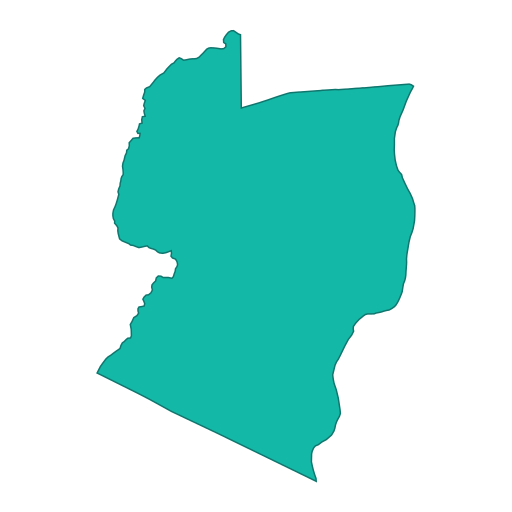 the district of Serra do Ramalho, Bahia, Brazil
{"feature_id": "56859067B22034188427708", "entity_name": "Serra do Ramalho", "entity_type": "district", "adm_level": 2, "iso_a3": "BRA", "parent_name": "Brazil", "parent_adm1": "Bahia", "projection": "robinson", "projection_center": [-43.699, -13.494], "detail": "fine", "context": "isolated", "style": "filled", "palette": "teal", "viewbox_px": 512, "rotation_deg": 0, "n_neighbors": 0, "source": "geoboundaries", "source_scale": "gbopen_adm2", "svg_char_len": 4218}
<svg xmlns="http://www.w3.org/2000/svg" viewBox="0 0 512 512"><path d="M240.5,34.7L238.4,34.0L235.8,32.2L233.6,30.7L231.2,30.8L228.5,32.2L226.4,34.7L224.7,37.1L223.5,39.5L223.7,42.5L225.8,43.9L225.9,46.8L223.8,48.6L221.1,48.9L218.5,48.5L216.4,48.2L213.3,47.9L210.6,47.8L208.7,48.1L206.8,49.1L204.7,51.4L202.8,53.5L201.4,54.8L199.2,57.1L196.7,58.5L194.3,58.8L192.5,58.8L189.6,59.1L185.8,59.9L183.5,60.2L181.4,58.7L179.2,57.8L177.0,59.3L175.5,60.9L174.0,62.9L171.5,64.2L169.2,66.5L167.0,68.8L165.5,70.8L163.8,73.0L161.6,74.2L159.9,75.2L157.5,77.3L155.1,79.9L153.4,82.2L151.9,84.0L149.8,86.6L146.4,88.0L144.8,89.4L144.7,92.1L143.7,94.9L142.7,98.4L145.3,100.4L144.2,103.6L143.7,105.7L145.0,108.3L143.9,110.9L144.4,113.6L145.2,116.3L142.4,116.7L141.7,119.8L142.1,123.1L139.5,123.9L139.1,125.9L138.1,129.1L136.9,131.4L137.9,133.4L140.1,133.4L139.8,135.6L139.2,137.8L135.9,137.9L133.0,138.3L131.1,140.6L129.2,142.7L129.3,145.8L128.5,148.8L126.8,150.2L126.5,152.9L125.2,155.5L124.6,157.8L124.1,160.1L123.0,163.0L122.5,166.2L123.0,169.5L123.2,172.3L123.2,174.6L121.8,176.6L121.1,178.6L120.8,181.0L120.2,183.2L120.0,185.9L118.7,189.0L118.0,191.8L118.8,194.4L118.1,197.0L117.2,200.4L116.0,204.2L115.0,206.8L113.5,210.0L112.9,213.4L112.9,215.8L113.4,218.7L114.7,221.0L114.6,223.2L116.7,225.6L118.0,227.9L117.8,230.7L118.2,233.5L118.9,236.2L119.6,238.9L122.0,240.8L126.0,242.5L128.9,243.7L130.6,245.1L133.1,245.4L136.1,246.6L138.9,247.6L142.0,247.0L144.9,246.3L147.3,245.9L149.0,247.6L151.0,248.4L153.2,249.0L155.6,250.0L157.5,251.8L159.5,252.9L162.7,253.3L165.9,252.7L168.4,251.8L171.2,250.7L171.5,253.2L171.0,256.2L172.5,258.0L175.5,259.1L177.0,261.6L177.6,264.4L177.1,266.4L175.5,268.8L175.2,271.3L174.3,273.6L173.3,276.8L171.9,278.3L168.4,277.5L165.5,277.5L163.1,277.5L161.0,276.2L158.3,276.0L156.3,277.9L155.6,281.0L153.6,282.9L152.0,284.9L151.7,287.1L152.4,290.0L150.9,292.9L148.5,294.8L146.1,295.1L144.0,297.2L142.9,299.2L143.9,301.4L144.7,303.6L144.2,306.0L141.6,306.6L139.0,307.0L138.0,308.7L138.0,311.0L138.6,313.1L137.0,315.6L133.8,317.6L132.1,321.4L130.3,324.5L131.2,329.2L131.3,331.8L131.4,335.9L130.5,338.0L127.8,338.2L126.0,339.7L124.1,341.7L122.4,342.8L121.0,345.4L120.0,348.5L117.9,350.0L116.0,351.3L113.4,353.2L111.0,355.1L108.1,356.9L105.9,359.0L102.6,363.4L100.4,366.5L97.1,373.0L137.9,393.3L149.1,399.1L171.6,411.5L218.6,433.8L237.9,443.2L240.6,444.5L316.2,481.3L316.0,478.4L314.6,474.5L313.3,470.2L312.2,465.6L311.4,461.8L311.6,453.9L312.2,451.2L313.7,447.8L315.5,445.8L318.3,444.7L322.0,441.9L326.3,439.6L331.5,435.1L333.9,431.1L334.8,428.4L335.6,424.5L336.7,421.5L338.0,418.9L339.4,416.4L340.4,413.4L340.0,409.5L338.3,398.3L337.3,394.1L336.3,389.9L335.0,386.1L334.0,383.1L333.4,380.0L333.0,377.5L332.7,374.8L333.3,372.3L334.1,369.0L335.0,365.3L336.5,361.9L338.4,359.0L340.4,355.1L344.8,346.0L348.4,339.3L351.6,335.2L353.6,331.2L353.2,329.0L353.4,326.4L355.8,323.0L359.2,319.3L361.6,317.4L363.1,316.1L365.4,314.5L367.7,313.9L371.5,313.9L374.3,313.8L376.2,313.0L379.0,312.5L381.6,311.9L384.0,311.1L386.8,310.4L389.1,310.0L391.7,308.6L394.4,306.7L395.9,305.1L397.4,302.7L398.8,300.0L400.2,296.8L401.2,294.4L402.2,291.6L402.8,287.4L403.5,283.6L404.6,281.0L405.4,278.0L405.8,275.1L406.0,271.1L406.5,264.7L406.6,262.5L406.5,258.8L406.8,255.3L407.1,253.1L408.0,247.9L408.9,242.4L409.7,239.0L410.3,236.5L411.9,232.5L413.1,228.6L414.5,221.0L414.8,215.8L414.9,211.3L414.9,208.7L414.7,205.6L413.8,203.0L412.5,198.6L410.2,193.5L407.6,188.9L404.9,183.3L402.4,177.8L401.6,174.5L399.6,172.3L398.0,170.2L396.6,166.2L395.9,163.3L395.1,159.7L394.8,157.0L394.5,154.4L394.2,149.5L394.4,145.3L394.4,138.3L395.4,131.5L396.8,127.4L397.8,125.5L398.5,123.2L398.9,120.4L400.1,116.6L403.1,109.9L406.3,101.1L408.7,95.8L410.4,92.1L412.5,88.3L413.5,86.2L411.2,84.7L409.2,84.1L400.1,84.8L388.4,85.7L379.4,86.6L377.0,86.8L374.8,86.9L370.0,87.4L364.4,87.9L362.4,87.9L359.8,88.2L355.6,88.4L352.4,88.7L349.8,88.9L347.7,89.1L345.2,89.2L341.0,89.5L338.4,89.7L335.3,89.5L329.6,89.9L324.8,90.2L322.3,90.3L320.2,90.6L317.0,90.8L308.8,91.4L300.8,92.0L298.5,92.1L290.1,92.8L287.4,93.5L283.5,94.7L279.1,96.1L275.5,97.3L267.2,100.2L261.9,101.9L259.6,102.7L255.5,103.9L241.3,108.0L240.5,34.7Z" fill="#14b8a6" stroke="#0f766e" stroke-width="1.5"/></svg>